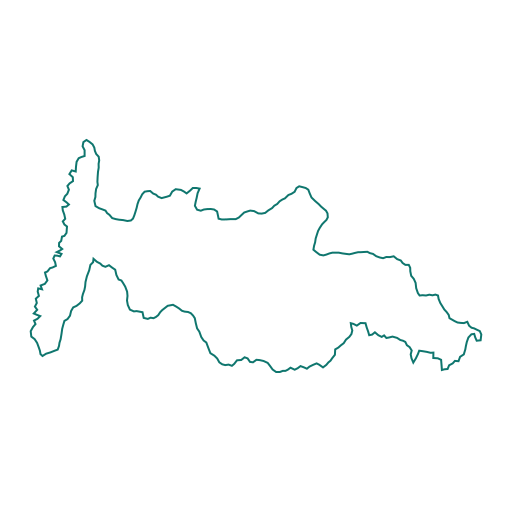 outline of Quartel Geral, Minas Gerais, Brazil
{"feature_id": "56859067B95369999276489", "entity_name": "Quartel Geral", "entity_type": "district", "adm_level": 2, "iso_a3": "BRA", "parent_name": "Brazil", "parent_adm1": "Minas Gerais", "projection": "equal_earth", "projection_center": [-45.616, -19.26], "detail": "fine", "context": "isolated", "style": "outline", "palette": "teal", "viewbox_px": 512, "rotation_deg": 0, "n_neighbors": 0, "source": "geoboundaries", "source_scale": "gbopen_adm2", "svg_char_len": 5246}
<svg xmlns="http://www.w3.org/2000/svg" viewBox="0 0 512 512"><path d="M199.6,188.6L196.3,188.0L192.8,188.0L190.1,190.6L186.6,193.4L183.9,191.5L180.9,189.9L175.7,189.2L172.2,191.6L169.9,195.7L166.9,196.7L161.6,198.1L158.1,196.7L156.0,194.7L153.2,193.6L150.2,191.0L147.4,191.2L144.6,191.7L142.2,194.3L140.6,197.5L138.8,200.4L137.5,204.1L136.6,208.0L135.4,212.0L134.3,215.4L133.0,218.6L130.9,220.5L127.4,221.0L123.2,220.1L119.0,219.7L115.7,219.1L112.2,218.1L109.4,214.8L107.1,213.1L105.5,210.6L102.7,209.5L99.1,208.2L95.5,206.1L94.3,200.8L95.4,197.0L95.5,193.3L96.1,189.0L97.8,185.1L97.4,181.8L97.6,177.2L98.0,171.8L98.7,167.7L98.6,163.8L99.2,160.4L98.7,156.7L96.2,154.0L94.9,150.9L94.3,147.6L92.6,144.4L89.4,141.8L86.4,140.0L83.4,142.1L82.6,146.3L84.6,150.2L84.6,156.0L81.4,157.0L78.7,158.2L76.6,161.8L76.0,166.6L75.7,171.5L71.7,170.4L69.4,174.1L72.8,177.2L73.0,181.1L69.6,183.4L67.4,186.0L68.9,189.7L67.3,193.8L64.9,196.3L63.4,200.0L66.6,202.4L68.9,204.5L66.4,206.6L62.4,207.0L62.8,210.4L64.3,214.6L65.2,218.8L62.8,221.4L64.4,224.5L67.0,226.5L66.5,232.9L64.4,235.9L62.0,236.6L61.2,240.9L59.1,242.9L59.0,246.3L62.2,249.0L60.0,250.5L56.8,252.1L61.5,253.9L60.0,256.4L57.4,255.7L54.7,255.5L53.3,258.5L55.1,262.2L55.9,265.9L52.5,267.5L50.0,268.2L47.4,271.5L45.0,272.5L45.8,275.7L47.4,280.4L44.8,283.9L40.6,285.5L42.0,289.3L38.2,288.4L37.7,291.6L38.9,295.9L35.8,298.7L36.8,303.0L34.9,306.6L37.2,309.8L33.8,313.5L36.8,314.8L40.2,316.1L37.5,318.8L34.0,320.6L35.5,324.1L33.0,327.0L30.7,331.2L31.3,336.6L34.6,339.1L37.1,342.9L38.8,347.5L39.9,350.7L40.5,354.1L42.5,356.0L46.1,353.7L50.4,352.4L54.7,350.7L57.7,349.6L59.0,346.0L59.5,342.7L60.6,339.3L61.5,333.9L62.2,328.8L63.1,325.4L64.4,320.9L67.5,319.1L70.0,315.7L71.1,311.0L73.2,307.4L76.5,305.9L79.7,303.4L82.2,300.7L82.1,297.3L82.9,294.1L84.4,290.0L85.1,286.5L85.5,282.0L86.9,276.3L89.2,270.3L90.4,264.9L93.1,262.2L93.5,258.8L96.9,261.8L100.3,263.6L102.4,265.7L105.4,266.8L109.0,265.2L112.1,267.6L115.2,269.7L116.4,275.0L118.6,279.5L121.4,280.5L123.0,282.9L125.2,286.6L127.1,291.6L127.5,295.9L127.0,300.5L127.8,305.0L129.9,309.6L133.9,311.4L136.6,311.1L142.5,312.2L143.7,317.9L147.8,318.9L150.6,317.7L153.5,318.2L155.9,317.0L158.2,315.2L160.2,312.2L162.2,310.1L164.5,308.3L167.7,305.8L173.0,304.8L176.2,306.6L179.0,308.4L182.0,310.8L184.6,311.6L188.1,312.0L190.8,313.2L193.1,315.6L194.8,318.2L195.8,323.2L197.1,328.4L199.3,331.6L201.3,337.1L203.6,340.5L206.3,342.5L207.5,345.7L208.7,348.9L210.4,353.2L214.4,355.7L217.2,358.5L219.3,362.3L222.2,364.3L225.2,365.1L228.6,364.6L231.9,365.8L234.2,363.9L237.0,360.3L241.2,360.0L244.6,357.3L247.6,358.4L250.0,361.9L253.0,362.3L256.4,359.8L259.7,360.1L263.6,361.0L267.7,362.9L270.0,365.9L272.6,369.5L276.1,372.0L279.8,372.0L282.7,370.9L285.4,370.9L287.8,369.7L290.5,367.7L294.7,369.7L297.7,368.2L300.5,366.1L303.8,367.3L306.9,368.7L309.5,366.6L313.2,364.8L316.6,363.4L319.2,364.7L323.0,367.4L326.3,364.9L328.4,362.4L330.5,360.7L332.2,358.2L334.9,354.8L335.2,349.4L338.3,347.6L340.9,345.3L343.7,343.2L346.0,339.6L349.3,336.9L351.4,334.1L352.3,330.5L351.3,327.0L350.8,323.2L353.4,323.9L356.8,325.6L360.5,323.0L365.5,323.2L366.7,327.5L368.1,331.4L369.2,335.2L372.1,334.6L374.9,332.3L378.3,335.2L381.7,336.9L384.1,335.4L386.4,338.0L389.0,337.5L392.5,336.6L397.1,337.9L400.3,340.0L402.9,340.7L405.3,341.9L406.9,345.2L409.6,347.1L411.7,350.5L410.7,354.4L411.5,358.3L413.3,362.6L415.9,358.3L418.0,353.9L419.2,350.7L422.8,351.2L426.9,351.9L430.6,352.8L433.4,352.6L433.3,358.0L437.8,358.3L441.1,359.8L441.6,365.8L441.9,370.0L444.4,369.3L447.6,369.0L449.1,365.3L452.7,363.4L454.9,360.9L458.5,361.2L460.1,356.8L463.8,354.4L465.3,349.4L465.9,346.0L466.8,342.0L468.4,337.5L471.4,334.3L474.2,333.9L475.2,337.3L476.7,340.7L480.6,340.3L481.3,334.5L479.8,331.1L476.6,329.6L474.2,328.4L471.5,327.7L469.1,325.7L467.3,321.8L463.9,323.1L460.7,322.9L457.5,322.5L454.6,321.1L452.0,319.6L449.5,318.2L448.7,314.9L446.6,312.0L444.3,309.5L442.6,306.7L440.3,303.0L438.6,298.9L438.0,295.5L435.4,294.6L432.5,295.3L429.3,294.7L426.0,295.5L422.7,295.2L419.6,295.5L417.9,293.1L416.2,288.2L415.6,282.9L413.8,278.9L411.2,275.8L410.3,271.3L410.2,267.8L408.8,264.9L405.4,264.9L402.6,263.0L400.8,260.5L397.1,259.1L393.7,256.3L389.9,257.1L386.3,257.0L383.1,258.2L379.8,257.5L376.2,256.2L373.0,253.9L369.8,253.1L367.4,251.8L363.7,252.0L360.7,252.2L358.1,252.2L354.6,253.0L352.1,253.7L349.3,254.3L346.1,253.9L342.4,253.4L338.9,252.7L335.2,252.7L332.3,252.7L329.5,253.4L326.3,254.6L323.4,255.4L319.7,254.7L315.9,251.8L313.4,249.7L314.1,245.7L315.1,242.4L315.7,238.4L317.0,234.3L318.1,230.9L319.8,227.8L322.1,224.3L324.3,222.0L326.4,220.0L327.8,217.3L327.5,213.4L326.0,210.7L323.7,208.8L321.1,206.6L318.7,204.1L315.2,201.1L311.5,197.5L309.7,193.4L308.3,189.7L305.7,188.0L302.8,187.2L299.2,186.3L296.5,188.0L294.6,191.8L291.5,193.8L288.4,195.0L284.9,198.4L282.4,199.5L279.6,201.3L277.2,204.0L274.3,205.7L272.1,208.1L268.3,210.4L265.2,212.9L261.7,213.6L258.3,213.4L254.1,211.1L250.2,210.6L247.8,211.3L244.2,212.5L241.2,215.3L238.9,217.5L235.8,219.1L230.8,219.1L226.5,219.4L221.9,219.5L218.6,218.7L217.9,215.2L217.1,211.5L214.1,209.5L210.8,209.0L207.2,209.1L203.9,209.5L200.8,210.7L197.1,209.7L194.9,205.8L195.7,201.7L196.6,198.1L197.6,193.2L199.6,188.6Z" fill="none" stroke="#0f766e" stroke-width="2"/></svg>